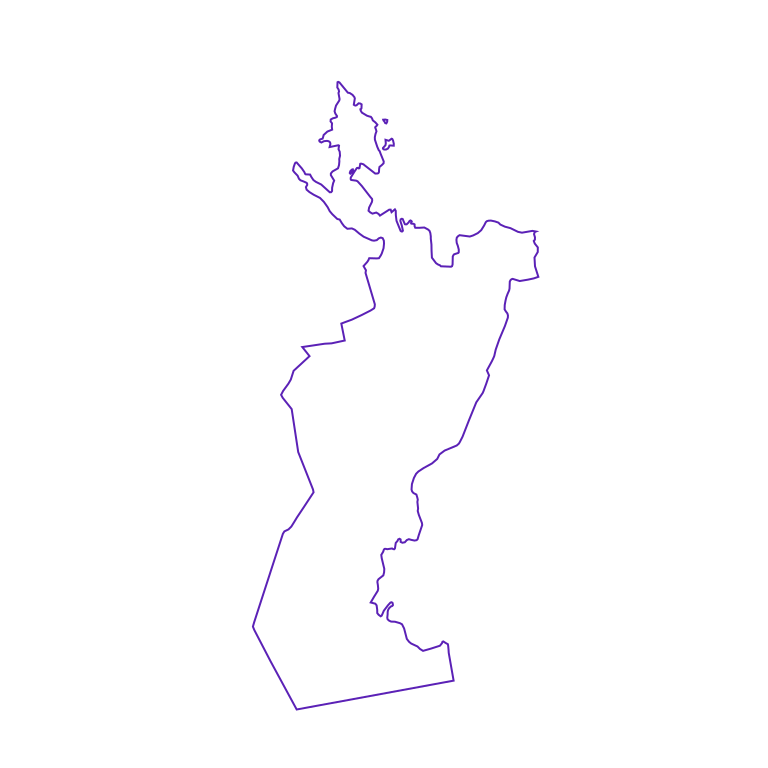 the border of Uzbekistan, rotated 257°
{"feature_id": "UZB", "entity_name": "Uzbekistan", "entity_type": "country or territory", "adm_level": 0, "iso_a3": "UZB", "parent_name": "Asia", "parent_adm1": "", "projection": "robinson", "projection_center": [66.075, 41.364], "detail": "fine", "context": "isolated", "style": "outline", "palette": "violet", "viewbox_px": 768, "rotation_deg": 257, "n_neighbors": 0, "source": "natural_earth", "source_scale": "50m", "svg_char_len": 6141}
<svg xmlns="http://www.w3.org/2000/svg" viewBox="0 0 768 768"><g transform="rotate(257 384 384)"><path d="M609.4,344.9L610.6,344.2L612.5,343.4L615.9,344.9L618.9,346.8L619.6,347.6L619.5,348.7L612.6,352.4L608.3,354.1L606.5,354.4L605.9,354.9L604.7,359.1L602.0,359.8L598.6,361.1L596.3,363.1L592.5,367.7L583.0,374.3L582.8,375.7L583.7,376.8L586.9,377.6L591.1,379.6L593.4,381.2L599.5,379.2L601.1,379.6L602.7,381.7L604.5,387.7L607.4,389.4L611.0,390.6L613.3,391.0L616.3,392.5L620.3,393.1L623.0,392.5L626.4,393.8L626.9,393.2L627.1,384.3L630.0,385.8L631.6,385.8L633.0,384.7L633.7,383.2L634.1,380.2L633.4,377.3L634.6,375.9L635.6,375.6L636.3,376.0L636.7,376.8L636.9,379.4L639.0,380.6L640.2,381.2L641.5,383.5L642.7,385.6L643.5,390.7L646.4,391.0L649.7,392.0L651.9,391.0L653.7,391.6L654.4,394.0L654.4,396.2L654.7,398.0L655.6,398.5L658.5,397.4L660.9,397.2L663.2,398.3L666.1,399.9L670.3,404.2L671.6,404.8L677.8,405.1L679.1,406.0L681.2,406.0L683.4,405.2L688.5,406.6L688.7,407.3L687.9,408.4L676.0,414.3L675.2,416.1L672.8,418.4L670.1,419.7L668.8,419.8L662.9,417.4L662.2,418.0L661.7,418.9L661.8,420.0L663.2,422.4L662.6,424.0L661.5,425.1L657.8,424.1L657.1,423.5L657.0,422.8L655.6,422.8L653.4,423.5L649.3,427.7L647.9,430.0L647.3,431.3L645.5,432.1L643.4,432.4L640.9,434.4L638.1,435.9L637.1,434.8L636.5,433.5L635.8,433.1L634.0,433.4L631.9,433.5L629.6,432.0L626.6,430.6L624.1,430.1L616.6,430.8L612.9,431.5L611.8,432.2L609.7,432.4L600.9,433.8L599.1,433.2L597.7,430.9L596.5,428.4L594.3,427.5L591.7,426.8L590.7,425.9L590.6,424.7L590.9,423.5L591.0,422.8L602.1,413.8L602.6,413.5L603.1,412.7L603.9,411.2L603.9,410.4L599.9,408.7L599.7,408.0L600.5,407.2L600.5,406.1L597.6,403.0L592.7,398.1L591.2,397.6L590.2,397.9L588.4,402.6L587.5,403.8L582.0,406.9L569.2,412.8L567.0,414.0L565.5,413.8L564.0,413.1L559.3,409.2L556.3,407.9L554.3,409.2L552.6,411.1L552.8,415.0L550.9,417.0L549.0,417.9L552.7,428.3L552.4,429.7L549.7,430.0L551.7,433.9L550.1,434.4L545.8,433.5L540.2,432.9L529.5,434.6L528.7,435.3L528.5,436.1L529.1,436.9L534.3,437.0L539.3,436.6L540.7,437.3L541.0,438.6L540.4,439.4L538.7,439.6L535.0,440.3L534.6,441.2L534.5,442.0L535.8,444.2L537.2,445.7L537.4,446.6L536.8,447.3L536.1,447.6L534.8,446.5L534.1,446.7L533.8,447.7L533.4,448.9L532.6,449.7L530.9,449.3L529.2,449.6L528.2,453.8L527.4,458.5L524.6,461.7L523.0,462.8L520.7,463.1L517.3,462.8L515.2,462.3L509.2,461.6L503.1,460.3L496.3,459.1L490.0,461.9L488.2,463.6L487.1,465.2L485.9,465.9L483.2,475.7L483.5,476.8L485.0,477.7L492.8,479.7L493.9,480.6L494.6,481.5L495.0,485.9L495.6,486.5L498.3,487.1L502.1,487.0L505.1,486.6L508.2,487.0L510.3,487.9L511.4,489.5L512.0,491.1L508.4,500.8L508.7,504.3L509.9,509.3L512.0,513.3L515.9,517.2L518.8,519.6L519.5,520.8L519.6,522.6L519.2,524.9L517.5,528.6L515.5,531.8L513.2,533.2L510.1,537.2L507.4,542.3L502.1,548.8L500.4,552.5L499.8,563.1L498.4,566.3L498.2,565.1L496.3,563.9L493.0,564.1L490.7,563.5L489.7,562.1L486.9,562.5L482.5,564.6L478.0,563.5L473.4,559.1L464.7,557.6L453.7,558.5L453.2,553.7L453.3,547.6L453.8,539.4L457.5,533.0L457.4,531.8L456.7,530.6L455.5,529.6L448.8,527.8L446.9,526.9L444.3,524.9L441.0,522.7L438.2,521.3L433.8,519.4L429.6,518.3L427.2,519.1L425.0,520.1L422.9,520.2L420.8,519.6L413.2,514.8L401.6,506.4L392.4,500.6L386.6,497.8L385.3,496.9L382.0,494.3L374.1,487.3L368.8,488.3L361.3,483.7L354.6,479.3L353.0,478.1L345.4,469.8L329.5,458.6L315.0,448.7L310.6,445.0L309.1,443.6L307.7,441.0L305.5,428.1L302.9,422.2L299.0,419.0L295.8,412.9L293.2,403.7L291.0,397.8L289.3,395.1L285.7,392.0L280.2,388.7L275.0,387.1L273.1,387.2L272.2,387.6L271.1,388.2L269.0,390.7L265.9,390.9L263.7,390.9L261.6,390.0L255.0,389.2L252.7,388.3L248.7,388.5L240.1,389.7L238.0,389.5L229.1,384.0L225.2,381.8L224.5,380.6L224.6,378.5L226.0,375.5L227.2,373.3L226.8,371.1L225.1,368.7L225.2,366.2L226.4,364.7L228.8,365.2L229.7,364.3L229.4,362.9L228.1,361.9L226.5,359.7L221.4,357.7L220.7,356.9L221.0,355.9L221.9,354.9L222.1,352.8L222.3,350.0L223.0,348.6L223.2,347.4L222.5,346.5L220.8,345.5L218.1,342.9L214.8,342.6L203.8,342.7L200.4,341.7L197.7,340.3L195.1,334.8L193.8,333.5L192.5,333.0L189.4,332.8L185.8,332.3L183.9,331.4L178.9,326.4L174.1,321.9L171.9,326.1L170.0,327.0L165.6,326.6L162.3,325.9L160.4,326.8L158.4,328.5L158.8,329.6L160.2,330.7L163.1,332.8L167.5,338.1L169.5,341.0L169.7,342.0L169.3,342.7L168.7,343.1L166.6,343.0L165.9,342.2L165.7,340.7L164.3,338.4L162.8,337.1L161.1,336.3L158.7,335.7L155.5,334.6L153.9,334.6L152.2,335.8L150.9,337.5L149.9,341.2L147.4,345.7L145.8,347.5L141.3,348.6L130.5,348.9L127.2,350.4L125.0,352.1L120.7,357.6L117.8,359.4L115.2,362.0L115.6,370.1L116.4,379.6L118.4,382.2L119.7,383.0L119.8,383.9L117.8,385.8L116.1,387.7L114.2,387.6L110.5,387.1L107.5,386.6L79.3,385.1L80.2,365.2L85.6,245.7L86.5,225.7L139.3,211.1L173.4,202.3L177.1,201.7L180.9,203.8L204.4,217.9L223.2,229.2L227.9,232.0L260.8,251.8L262.8,253.8L263.8,258.2L265.9,261.6L269.7,265.4L273.6,269.2L281.7,277.8L294.3,291.0L297.2,291.1L337.0,285.1L380.3,288.4L393.3,282.2L396.6,281.3L400.0,284.2L405.8,290.9L409.3,294.2L417.2,298.9L427.9,317.7L438.4,312.7L437.6,322.5L436.6,335.2L435.4,342.1L435.2,355.5L452.5,356.0L453.1,360.5L453.9,367.0L456.2,377.7L458.6,387.4L460.0,391.4L461.5,392.3L463.7,393.0L496.4,391.0L498.9,392.0L501.1,391.3L503.5,390.6L506.6,395.0L508.0,396.5L509.9,397.9L508.0,405.2L507.7,407.4L510.0,409.8L511.7,411.2L516.4,414.1L520.8,415.6L523.7,416.1L526.4,415.5L527.4,413.9L527.1,411.7L525.8,409.3L525.9,406.5L526.7,404.5L532.1,397.3L536.1,393.8L540.9,390.2L542.8,387.7L543.5,383.2L546.6,380.7L550.0,379.2L554.2,377.8L555.3,375.6L561.1,371.8L564.6,370.0L568.9,368.9L575.0,366.4L579.7,363.5L584.2,358.1L587.8,354.5L590.8,352.3L593.4,352.2L595.3,354.0L596.8,354.2L597.8,353.4L599.5,351.1L601.3,348.4L603.1,347.3L606.4,346.7L609.4,344.9ZM600.2,401.9L600.1,400.8L599.0,399.1L597.3,398.1L596.5,398.5L597.2,399.9L599.2,402.0L600.2,401.9ZM620.9,447.2L619.2,447.6L615.9,447.6L614.0,447.1L615.1,443.6L615.1,442.9L614.0,442.3L612.5,440.8L612.0,438.7L612.5,436.7L613.5,435.9L614.2,436.1L616.3,439.1L618.1,439.9L621.6,440.4L619.9,443.4L621.3,446.6L620.9,447.2ZM641.4,444.7L640.5,446.6L638.8,446.1L637.4,444.9L637.9,443.9L639.8,443.4L640.8,442.8L641.7,442.7L641.4,444.7Z" fill="none" stroke="#5b21b6" stroke-width="2"/></g></svg>